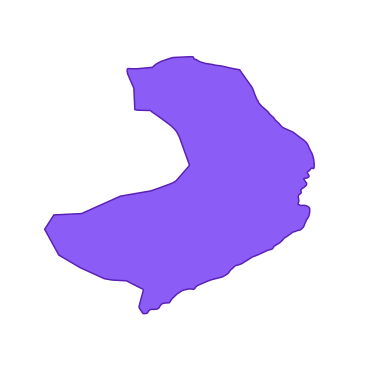 outline of Khounkham, Khammouan, Laos, rotated 118°
{"feature_id": "54806243B26229872021267", "entity_name": "Khounkham", "entity_type": "district", "adm_level": 2, "iso_a3": "LAO", "parent_name": "Laos", "parent_adm1": "Khammouan", "projection": "robinson", "projection_center": [104.542, 18.055], "detail": "fine", "context": "isolated", "style": "filled", "palette": "violet", "viewbox_px": 384, "rotation_deg": 118, "n_neighbors": 0, "source": "geoboundaries", "source_scale": "gbopen_adm2", "svg_char_len": 3205}
<svg xmlns="http://www.w3.org/2000/svg" viewBox="0 0 384 384"><g transform="rotate(118 192 192)"><path d="M310.2,280.0L311.3,255.3L309.7,228.7L307.2,221.1L301.2,208.2L300.9,189.5L301.4,189.1L302.5,188.6L304.8,188.1L318.1,185.0L318.7,184.5L319.5,183.6L322.3,178.2L321.2,175.9L320.0,174.7L319.2,174.5L317.4,174.5L316.2,174.0L315.3,173.5L314.7,172.8L313.2,169.9L311.8,167.9L310.4,166.9L309.3,166.7L307.5,166.7L305.7,166.4L304.5,165.7L303.4,164.6L302.5,163.3L301.0,160.9L300.7,160.3L299.8,159.9L297.1,159.7L295.4,159.4L292.0,158.3L288.7,157.2L286.6,155.9L284.6,154.9L283.4,154.2L282.3,153.1L279.9,150.2L278.6,148.5L277.8,146.7L277.2,145.0L276.4,144.3L275.1,144.2L273.8,144.0L272.0,143.2L270.8,142.4L269.6,141.3L267.4,139.6L263.8,136.7L260.4,133.7L256.2,129.1L252.7,125.3L250.8,124.1L249.6,123.3L247.5,122.2L246.1,121.7L243.6,121.5L242.5,121.2L239.3,120.0L237.0,119.3L236.1,118.5L234.2,116.4L231.8,114.3L229.0,112.8L224.8,110.3L221.0,108.2L218.8,106.2L216.4,104.2L211.5,100.5L209.9,99.3L207.6,97.5L206.4,96.0L204.7,94.5L203.7,94.2L202.5,94.1L201.5,94.1L200.0,93.3L196.8,91.3L194.8,90.4L192.2,89.5L189.9,89.1L188.1,88.3L187.2,87.6L182.4,85.2L180.3,84.3L180.1,84.1L179.3,83.4L178.9,82.8L178.0,82.0L176.5,80.8L175.9,80.0L175.0,79.0L174.4,78.4L173.3,78.0L171.9,77.5L170.6,77.2L169.0,77.2L166.4,77.6L164.3,77.6L163.6,77.9L162.6,77.9L161.9,77.7L158.9,77.5L157.4,77.8L154.3,78.7L152.9,79.5L151.4,80.3L150.7,81.4L150.4,83.0L150.5,85.1L151.4,87.3L152.9,89.8L152.9,90.6L152.9,91.2L153.2,92.3L152.8,92.7L151.5,93.0L149.7,93.5L148.0,94.6L146.9,95.5L146.0,96.2L145.0,96.3L144.2,96.3L143.1,95.7L141.7,95.2L141.0,95.3L140.6,95.7L139.7,96.6L138.9,96.8L137.9,96.7L136.8,96.2L135.3,95.3L133.5,94.5L132.0,94.2L130.9,94.7L130.1,95.2L129.9,96.1L128.7,98.2L128.1,99.4L127.5,99.4L126.9,99.1L126.4,98.0L125.7,97.1L124.4,96.2L123.8,95.9L122.7,96.3L122.2,96.9L121.5,98.3L121.3,98.8L120.5,99.4L119.7,99.4L118.2,98.5L117.1,98.2L116.3,98.1L115.7,98.0L114.8,97.6L114.5,97.1L114.4,95.9L114.0,95.6L113.1,95.7L111.3,96.5L108.9,97.9L105.6,100.2L103.4,102.3L101.5,104.3L100.5,105.9L99.0,108.0L98.2,109.2L97.0,110.5L95.5,112.6L94.4,115.0L93.8,117.3L93.5,119.5L93.1,122.3L92.2,127.7L91.7,130.6L91.9,133.6L92.3,139.7L92.4,142.1L92.1,143.7L90.6,147.5L89.5,151.9L88.0,155.0L86.7,160.1L85.4,162.8L84.7,165.7L83.5,171.0L81.8,175.3L81.1,175.9L80.7,176.2L80.3,177.5L76.6,182.1L72.6,186.5L71.3,188.3L67.1,196.8L61.7,207.4L63.4,212.5L65.2,218.8L66.9,225.2L68.9,230.4L70.0,234.3L72.2,240.7L73.3,246.0L73.1,250.7L73.6,252.5L73.0,253.2L72.2,254.4L72.3,254.9L72.6,255.4L73.3,257.0L81.9,271.5L82.7,272.5L84.7,274.6L86.9,276.6L88.5,278.1L91.1,280.5L93.6,282.3L95.7,283.6L97.6,284.5L100.5,285.5L108.7,298.0L110.1,300.5L111.6,303.4L113.0,306.4L113.4,306.7L113.8,306.8L114.4,306.7L115.7,306.0L118.0,304.2L127.6,292.1L146.0,281.2L146.0,280.8L145.8,280.0L145.5,278.9L140.6,269.0L140.1,268.2L139.8,267.5L139.7,266.6L139.9,266.0L140.0,265.2L141.5,253.4L143.2,242.2L144.0,239.3L145.3,235.3L146.3,233.4L149.6,228.7L169.4,206.9L170.0,206.9L170.9,207.0L172.5,207.3L188.8,211.1L190.3,211.6L191.7,212.4L193.1,213.4L195.4,215.3L204.2,223.2L210.2,228.7L229.3,253.3L262.9,279.4L277.1,303.2L294.1,304.6L310.2,280.0Z" fill="#8b5cf6" stroke="#5b21b6" stroke-width="1.5"/></g></svg>